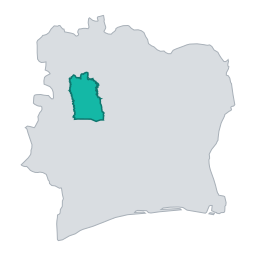 Worodougou, Worodougou, Ivory Coast (highlighted)
{"feature_id": "98640826B81277132888560", "entity_name": "Worodougou", "entity_type": "district", "adm_level": 2, "iso_a3": "CIV", "parent_name": "Ivory Coast", "parent_adm1": "Worodougou", "projection": "mercator", "projection_center": [-6.759, 8.427], "detail": "fine", "context": "in_parent", "style": "filled", "palette": "teal", "viewbox_px": 256, "rotation_deg": 0, "n_neighbors": 0, "source": "geoboundaries", "source_scale": "gbopen_adm2", "svg_char_len": 8020}
<svg xmlns="http://www.w3.org/2000/svg" viewBox="0 0 256 256"><path d="M42.7,35.4L43.7,35.3L46.4,34.5L48.9,32.7L51.1,29.0L54.2,25.9L57.7,26.2L58.7,25.6L59.9,25.5L61.4,27.5L62.8,29.0L63.9,29.0L64.7,31.9L71.0,33.1L73.7,33.9L76.0,36.0L76.8,36.0L77.7,35.6L78.5,34.9L78.6,34.1L77.7,32.2L78.1,30.5L79.1,29.0L80.7,28.9L83.2,28.4L86.0,28.4L88.1,28.7L89.0,27.2L88.2,22.9L88.4,20.6L88.7,18.6L89.5,17.8L92.6,20.3L95.5,21.2L97.6,21.2L98.1,20.8L97.3,18.0L97.5,17.2L98.2,16.7L99.6,16.5L103.3,15.4L103.6,15.6L104.3,19.9L104.0,21.3L104.8,24.2L105.7,26.9L105.7,28.0L104.9,29.7L104.0,31.2L104.1,31.8L105.5,32.9L108.3,34.0L111.2,34.2L112.8,32.6L114.5,31.4L115.6,30.2L116.0,28.5L117.9,27.3L123.1,25.7L127.9,25.5L129.1,26.0L131.3,28.3L134.0,30.0L138.2,29.8L141.3,30.7L143.9,32.5L145.7,36.6L147.6,39.5L148.5,43.6L151.5,45.8L153.9,46.8L157.2,49.8L160.5,51.3L164.0,51.0L165.6,52.5L168.2,53.7L170.8,53.7L173.1,50.3L176.1,48.9L183.7,46.1L186.7,44.9L189.8,44.1L197.1,43.8L204.0,44.7L207.3,45.3L209.7,44.9L211.9,46.5L214.1,50.0L216.0,51.1L217.9,52.3L219.3,55.0L221.0,57.7L221.9,58.9L223.9,61.5L225.7,61.6L227.4,60.4L228.1,59.6L228.5,61.3L227.8,64.2L227.9,66.0L228.9,66.6L228.4,68.9L226.4,72.8L226.3,75.1L228.3,75.8L229.8,78.2L230.6,82.3L231.5,83.7L231.6,84.6L233.0,94.6L234.8,104.7L233.7,106.0L232.1,106.4L231.1,106.9L230.8,107.8L231.5,109.2L231.0,110.4L229.1,111.3L224.8,114.5L224.6,115.8L223.4,118.5L222.5,120.1L221.1,123.2L218.9,131.4L218.1,138.1L218.0,140.2L217.1,141.6L216.2,143.7L211.6,149.5L209.2,154.2L209.5,156.3L209.6,158.3L208.9,159.8L209.1,163.8L209.6,167.1L210.5,170.4L213.8,179.6L215.5,185.3L216.6,189.8L217.5,192.8L218.4,194.1L218.8,195.2L223.7,196.1L224.7,196.7L226.1,202.6L225.8,205.3L224.9,206.3L224.9,208.6L224.7,211.4L223.9,212.5L221.2,212.6L219.3,213.7L216.8,213.2L216.6,212.5L215.2,212.3L211.6,210.7L212.2,205.6L210.5,205.4L209.2,206.0L206.6,212.2L205.3,213.2L187.0,210.1L183.0,207.5L178.2,207.0L169.9,207.2L163.1,208.0L161.1,209.5L178.4,208.6L180.3,208.8L181.2,209.8L159.3,211.8L150.9,213.0L148.5,212.6L146.6,210.7L137.5,210.4L135.7,211.1L134.6,212.5L138.1,212.2L143.8,212.1L145.3,213.2L127.6,214.7L115.4,217.5L110.2,219.5L93.2,226.2L82.8,229.4L80.1,230.6L75.3,233.8L69.3,235.9L62.5,239.8L58.3,240.6L57.4,239.4L57.2,232.9L56.7,224.1L56.9,220.8L57.4,217.6L57.5,215.0L59.5,214.0L60.1,212.9L60.4,209.5L62.3,206.4L62.4,201.0L62.9,199.9L63.4,198.5L62.5,194.9L61.5,188.2L60.9,187.8L60.5,188.1L59.4,188.2L55.1,185.9L51.8,185.5L49.5,183.5L49.3,181.3L48.2,180.0L47.4,177.4L46.3,174.4L43.0,172.6L39.9,172.1L37.8,172.5L35.2,172.4L32.3,171.4L30.3,170.3L28.4,168.1L26.6,166.4L25.2,166.6L23.5,166.2L21.8,165.4L21.2,164.8L28.3,157.8L30.7,154.4L31.0,152.3L31.0,150.2L31.8,148.1L32.0,144.8L28.0,132.9L27.0,129.2L26.0,128.1L25.3,127.7L27.3,126.1L30.0,126.5L34.2,127.7L35.1,126.6L38.3,120.5L38.2,118.3L37.9,116.7L39.8,112.6L41.2,111.0L42.0,109.3L41.8,106.9L40.6,106.1L39.2,106.2L37.4,105.7L34.7,104.3L33.4,103.1L33.8,97.6L34.1,95.9L35.0,95.0L36.5,94.7L40.6,94.5L44.0,95.2L46.9,95.5L48.5,95.5L49.8,97.1L51.5,98.8L53.0,98.8L53.5,97.6L53.2,92.2L52.2,89.3L49.9,86.6L44.1,84.2L43.9,80.9L44.5,77.4L45.8,76.1L50.1,73.8L49.4,72.6L48.0,71.3L45.2,70.0L45.9,65.7L46.0,61.9L43.7,62.3L41.3,62.5L39.2,61.4L37.6,59.1L37.2,52.7L37.2,45.3L36.9,42.1L37.6,40.4L39.6,38.8L41.9,36.7L42.7,35.4ZM214.4,213.3L213.5,214.7L208.9,213.8L210.0,212.7L214.4,213.3Z" fill="#d9dde1" stroke="#a8b0b8" stroke-width="1"/><path d="M75.0,112.5L74.9,112.8L74.8,113.1L74.7,113.5L75.0,114.1L74.8,114.7L74.6,114.9L74.4,115.0L74.2,115.2L73.9,115.4L73.8,115.5L73.9,115.9L73.8,116.2L73.3,116.4L73.2,116.7L73.3,117.2L73.5,117.1L74.2,117.1L74.4,117.2L74.7,117.4L74.7,117.5L74.7,118.0L74.7,118.7L74.5,118.9L74.5,119.3L75.7,119.2L77.4,119.0L90.8,119.1L91.4,119.3L96.2,121.4L99.5,120.2L100.7,119.9L103.3,119.9L103.2,119.7L103.4,119.3L103.3,118.7L103.4,118.4L103.5,118.2L103.4,117.7L103.4,117.4L103.5,117.1L103.5,116.4L103.8,115.8L103.4,115.1L103.4,114.4L103.4,113.9L103.9,113.3L103.9,112.9L103.7,112.8L102.9,111.9L102.6,112.0L102.4,112.0L102.2,111.5L102.0,111.1L102.0,110.9L101.9,110.6L101.9,109.9L101.6,108.1L101.7,107.4L101.4,106.0L101.3,105.4L100.8,104.2L100.5,103.9L100.3,103.2L100.4,102.7L100.2,102.1L100.4,101.7L100.3,101.1L100.3,100.5L100.2,100.0L100.4,99.4L100.1,99.4L100.0,99.1L100.5,98.8L100.0,98.8L99.7,98.7L100.1,98.3L99.7,97.5L98.9,97.2L98.4,97.2L98.0,97.3L98.0,96.9L97.9,96.7L97.9,96.4L97.4,96.1L97.4,95.6L97.5,95.4L97.5,95.2L97.3,95.0L96.6,94.9L96.3,94.5L96.4,94.3L96.5,94.1L96.5,93.9L96.8,93.9L96.9,94.0L97.1,94.3L97.3,94.0L97.6,93.9L97.7,93.5L97.4,93.0L97.4,92.4L97.2,91.9L96.9,92.1L96.7,91.9L96.6,91.7L96.8,91.6L97.2,91.4L96.9,91.2L97.3,90.8L97.0,90.3L97.0,90.0L97.0,89.8L96.8,89.8L96.4,90.3L96.1,90.4L95.9,90.4L96.0,90.0L96.2,89.9L96.2,89.7L96.4,89.7L96.6,89.6L96.9,89.5L97.0,89.5L96.9,89.1L96.6,88.8L96.6,88.5L96.6,88.3L96.3,88.2L96.2,88.3L96.2,88.5L96.0,88.3L95.9,88.0L96.4,88.1L96.7,87.9L96.9,87.9L97.0,87.8L96.9,87.6L96.4,87.5L96.3,87.4L96.3,87.1L96.5,86.7L96.8,86.7L96.8,86.9L96.9,87.1L97.0,86.8L97.0,86.5L97.3,86.9L97.6,86.8L97.8,86.9L97.8,86.6L97.5,86.6L97.9,86.4L97.9,86.1L97.9,85.7L97.9,85.4L98.5,85.1L98.1,84.8L98.1,84.7L98.5,84.3L98.5,84.2L98.4,84.0L97.9,83.7L97.6,83.2L97.4,83.2L97.2,83.2L97.2,83.3L97.1,83.7L96.8,83.9L96.7,83.9L96.6,83.6L96.4,83.6L96.3,83.4L96.2,83.3L96.1,83.1L95.7,83.1L95.7,82.9L95.9,82.8L96.2,83.0L96.4,82.5L96.2,82.4L95.9,82.2L95.8,81.7L95.5,81.8L95.5,81.6L94.8,81.0L94.2,80.9L94.2,80.6L94.0,80.4L93.6,80.6L93.5,80.4L93.4,80.4L93.2,80.1L92.9,79.9L93.0,79.8L93.2,79.7L93.2,79.3L93.0,79.1L92.9,78.9L92.6,78.8L92.6,78.7L92.2,78.9L92.2,79.3L92.0,79.2L92.0,78.9L91.9,78.8L91.3,79.1L91.2,79.3L91.3,79.4L91.3,79.5L91.1,79.4L90.7,79.5L90.6,79.4L90.6,79.2L90.4,79.0L90.0,78.9L89.8,79.1L89.7,79.1L89.3,78.9L89.0,79.1L89.1,79.3L88.9,79.4L88.7,79.3L88.6,79.6L88.3,79.6L88.1,79.0L87.8,79.0L87.9,78.6L87.8,78.2L87.5,78.0L87.6,77.7L88.0,77.5L88.1,77.4L87.7,77.2L87.8,77.0L87.7,76.8L87.6,76.6L87.6,76.2L87.9,75.4L88.0,75.1L87.8,75.0L87.7,74.8L87.9,74.5L87.8,73.8L88.0,73.1L87.7,73.0L87.6,72.9L87.2,72.5L86.7,72.4L85.9,72.5L85.5,72.9L84.9,72.9L84.4,73.2L84.2,73.5L83.8,73.6L83.5,73.9L83.2,74.2L82.7,74.0L82.2,73.9L81.9,73.9L81.3,74.3L81.0,74.7L80.9,75.3L80.9,75.5L80.8,75.8L80.7,76.0L80.8,76.3L80.7,76.5L80.6,77.1L80.7,77.7L80.8,78.5L80.8,78.8L80.6,78.8L80.2,78.6L80.1,78.2L79.3,77.6L78.7,77.9L78.4,77.9L78.3,77.7L77.9,77.6L77.2,77.7L77.0,77.8L76.7,77.8L76.0,77.3L75.8,77.1L75.7,77.0L75.5,76.4L74.9,75.6L73.9,75.1L73.6,75.0L73.4,75.1L73.2,75.4L73.0,75.7L72.7,76.0L72.2,76.7L71.8,76.8L71.4,76.9L71.3,77.6L71.3,77.8L71.3,78.2L71.2,78.3L70.8,78.3L70.3,78.2L70.0,78.3L69.7,78.2L69.5,78.4L69.4,78.7L69.4,79.0L69.5,79.3L69.9,79.4L70.0,79.5L69.8,80.3L69.9,80.6L69.9,81.0L69.8,80.9L69.7,80.7L69.5,81.0L70.0,81.3L70.1,81.6L70.0,81.8L70.1,82.2L70.4,82.1L70.5,82.2L70.6,82.4L70.5,82.6L70.1,82.8L70.3,83.0L70.4,83.4L70.6,83.6L70.3,83.9L70.3,84.1L70.5,84.4L70.8,84.4L70.9,84.5L70.7,84.7L70.6,84.8L70.3,85.0L70.3,85.4L70.6,85.9L70.4,86.0L70.2,86.1L70.2,86.6L70.3,86.7L70.4,86.8L70.4,87.1L70.1,87.7L69.9,87.7L69.9,87.8L70.1,88.4L69.8,88.9L70.0,89.0L69.9,89.6L69.9,89.8L69.7,90.0L69.8,90.2L70.1,90.0L70.3,90.3L70.3,90.9L70.2,91.0L69.8,91.0L70.2,91.3L70.1,91.2L70.3,91.1L70.4,91.4L70.3,91.7L70.1,91.8L70.3,92.0L70.4,92.3L70.7,92.4L71.1,92.9L70.9,93.1L71.1,93.3L71.2,93.5L70.9,93.7L71.0,93.8L71.3,94.2L71.7,94.4L71.7,94.6L71.8,95.3L71.5,95.5L71.4,95.6L71.5,96.0L71.8,96.1L71.8,96.3L71.9,96.7L71.6,96.7L72.0,96.8L72.1,97.0L72.1,97.3L72.3,97.6L72.1,98.1L72.2,98.5L72.3,98.6L72.8,98.9L72.8,99.0L72.4,99.2L72.4,99.5L72.8,99.8L73.0,99.9L73.4,100.1L73.7,100.5L74.0,100.7L73.9,101.0L73.2,101.2L72.9,101.2L72.7,101.3L72.6,101.5L73.3,101.9L73.3,102.3L73.6,103.1L73.5,103.3L73.4,103.3L72.7,103.6L72.7,103.8L73.0,104.2L73.3,104.3L73.4,104.6L73.6,104.7L73.9,105.2L73.9,105.6L74.3,105.7L74.3,105.9L74.3,106.1L74.1,106.2L73.7,106.2L73.7,106.4L73.7,106.7L73.6,106.9L73.7,107.1L74.1,107.4L74.6,108.3L74.4,108.7L73.9,109.0L73.7,109.2L73.9,109.7L74.0,110.3L74.0,110.5L74.4,110.5L74.6,110.8L74.3,111.3L74.3,111.5L74.9,112.0L75.0,112.5Z" fill="#14b8a6" stroke="#0f766e" stroke-width="1.5"/></svg>